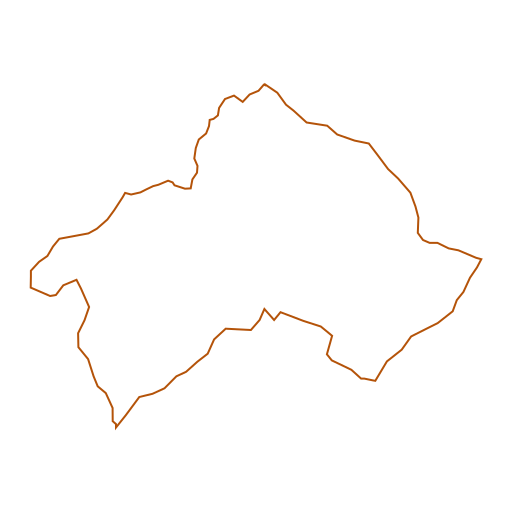 outline of Pentalia, Paphos, Cyprus
{"feature_id": "46923920B72015155205628", "entity_name": "Pentalia", "entity_type": "district", "adm_level": 2, "iso_a3": "CYP", "parent_name": "Cyprus", "parent_adm1": "Paphos", "projection": "albers", "projection_center": [32.617, 34.847], "detail": "fine", "context": "isolated", "style": "outline", "palette": "amber", "viewbox_px": 512, "rotation_deg": 0, "n_neighbors": 0, "source": "geoboundaries", "source_scale": "gbopen_adm2", "svg_char_len": 1560}
<svg xmlns="http://www.w3.org/2000/svg" viewBox="0 0 512 512"><path d="M125.1,192.9L122.6,197.3L114.2,210.2L107.4,219.5L96.9,228.7L88.4,233.4L72.8,236.3L59.3,238.8L53.0,246.5L47.4,256.0L39.1,261.8L30.9,270.7L30.9,276.5L30.7,287.6L38.8,291.1L50.1,296.0L55.9,295.0L63.3,285.3L76.5,279.8L81.0,288.6L89.1,307.0L84.5,320.3L78.1,333.2L78.4,347.2L88.1,359.1L93.6,376.3L97.7,386.3L105.8,393.1L112.6,408.0L112.7,421.2L116.0,424.1L116.0,427.5L125.8,415.2L139.3,397.0L152.5,393.8L164.5,388.3L176.4,376.3L186.1,371.8L197.4,361.7L207.7,353.7L214.1,339.4L225.7,328.7L250.9,330.0L259.6,320.0L264.4,309.0L274.1,320.0L280.5,312.2L303.4,320.9L320.8,326.5L324.1,329.2L332.1,335.8L326.9,354.3L331.8,360.4L351.4,369.8L361.1,378.6L364.3,378.6L373.0,380.4L375.3,380.8L386.9,361.4L401.7,349.7L411.1,336.5L413.6,335.2L426.5,328.7L437.7,323.1L452.7,311.3L456.8,300.1L463.4,292.0L470.0,277.7L477.0,267.4L481.3,259.2L476.1,257.8L458.4,250.3L448.7,248.4L437.5,242.9L429.7,242.9L423.0,240.0L417.8,232.9L418.4,217.6L415.5,206.6L410.4,192.7L398.1,178.5L388.1,169.1L377.5,154.9L368.8,143.5L354.6,140.6L337.2,134.5L327.2,125.7L306.6,122.5L293.4,110.5L286.0,104.7L277.3,92.7L265.2,84.5L265.1,85.2L263.8,84.7L258.5,90.8L249.6,94.5L242.7,101.9L234.0,95.6L225.0,99.0L219.1,107.9L217.9,115.4L213.5,118.9L209.7,119.9L209.0,126.1L206.1,133.5L198.8,139.5L195.8,148.0L194.3,158.5L197.5,165.9L197.0,172.7L192.4,179.4L190.7,188.4L185.0,188.7L174.5,185.3L172.6,182.4L168.1,180.7L158.3,184.8L153.2,186.1L146.3,189.4L140.4,192.4L131.1,194.5L125.1,192.9Z" fill="none" stroke="#b45309" stroke-width="2"/></svg>